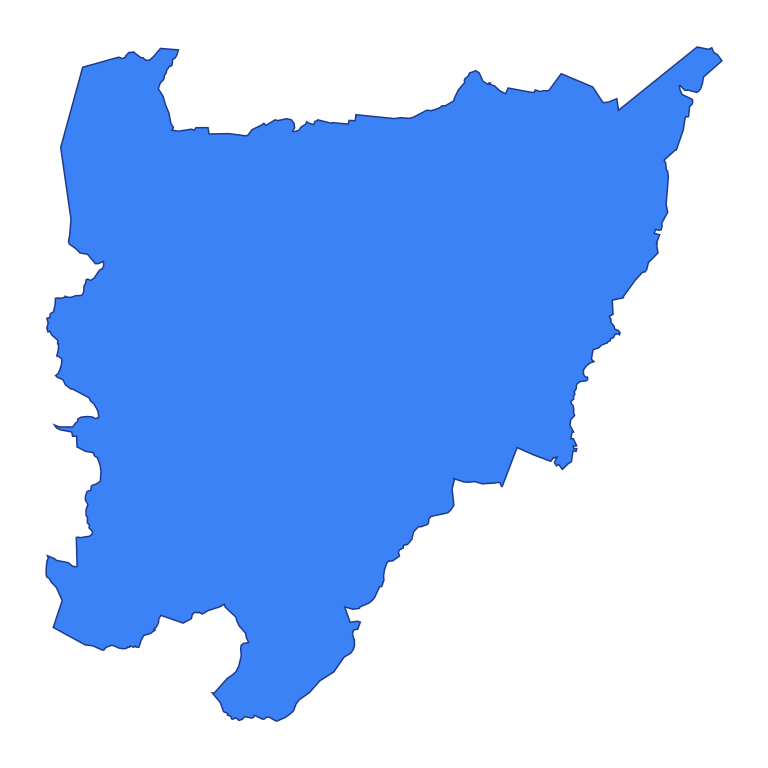 outline of San Diego de Alejandría, Jalisco, Mexico
{"feature_id": "50627088B15513266665518", "entity_name": "San Diego de Alejandría", "entity_type": "district", "adm_level": 2, "iso_a3": "MEX", "parent_name": "Mexico", "parent_adm1": "Jalisco", "projection": "mercator", "projection_center": [-102.038, 20.956], "detail": "fine", "context": "isolated", "style": "filled", "palette": "blue", "viewbox_px": 768, "rotation_deg": 0, "n_neighbors": 0, "source": "geoboundaries", "source_scale": "gbopen_adm2", "svg_char_len": 5937}
<svg xmlns="http://www.w3.org/2000/svg" viewBox="0 0 768 768"><path d="M721.9,60.8L717.6,54.8L713.8,52.4L711.8,47.8L708.4,49.3L697.1,47.0L618.5,110.3L616.8,98.7L608.4,102.1L603.1,102.7L592.8,87.0L561.2,73.7L548.7,90.7L543.1,90.7L540.4,91.6L535.2,89.9L534.3,92.3L531.7,92.4L508.1,88.0L505.6,93.7L499.8,90.8L494.7,86.0L489.8,84.1L490.3,83.0L488.6,83.1L488.0,84.4L483.0,81.3L479.3,73.0L475.8,70.7L469.4,73.1L468.3,76.0L464.8,78.9L464.3,80.3L464.7,82.5L458.2,90.2L454.2,98.6L454.0,100.7L445.3,105.8L441.7,105.9L440.6,107.2L437.0,108.9L430.9,110.7L426.9,110.2L413.0,117.4L409.0,118.3L400.4,117.7L394.3,118.6L355.9,114.7L355.3,120.7L349.2,120.4L348.1,124.1L332.2,122.6L331.9,123.4L317.7,119.8L317.4,120.7L315.0,121.4L313.7,124.7L308.2,122.9L306.8,121.7L305.6,124.2L301.0,127.2L298.6,130.5L294.0,131.7L292.5,131.2L294.6,128.0L294.1,123.5L291.4,119.8L286.5,118.7L277.8,120.6L275.1,119.8L265.9,125.4L263.9,123.3L261.4,125.2L252.1,129.6L247.9,135.2L246.1,135.9L228.9,133.6L209.1,134.0L208.0,127.6L196.0,127.7L194.2,130.1L191.2,129.2L178.6,131.2L171.9,130.2L173.5,127.6L170.8,123.3L169.0,113.2L165.5,104.8L163.2,96.6L158.3,88.7L160.3,82.9L163.8,79.4L164.5,75.1L166.1,73.2L166.8,70.1L169.8,65.9L170.7,66.2L172.0,65.3L172.8,59.2L174.8,58.3L176.5,55.9L178.5,49.9L160.5,48.4L153.7,56.4L149.2,60.4L145.2,60.0L143.1,57.8L140.7,57.5L133.1,51.8L132.4,52.4L128.8,52.5L125.5,56.2L125.4,57.4L122.4,58.5L118.7,57.2L82.7,67.2L60.7,147.5L71.0,219.4L69.7,234.9L68.5,241.3L69.3,244.0L76.6,249.3L79.9,252.9L87.6,254.3L95.4,263.7L98.3,263.6L103.4,261.5L103.7,266.2L102.1,268.9L100.1,269.7L98.3,271.8L94.1,278.1L90.7,280.4L87.7,279.1L86.2,279.7L85.4,283.8L84.1,285.6L83.6,291.9L82.5,294.7L80.5,295.6L75.9,295.6L71.3,297.3L67.4,297.2L65.1,296.2L64.8,297.3L59.9,298.5L58.9,297.9L55.4,298.3L55.1,304.7L53.5,311.8L50.3,313.6L50.0,317.4L46.8,318.3L48.2,323.0L46.8,328.1L48.0,331.9L49.5,331.2L52.2,335.4L58.0,340.5L57.5,343.8L58.6,344.0L58.3,350.2L56.7,356.0L59.4,356.9L61.8,359.1L61.5,364.3L59.4,371.0L57.8,373.8L55.6,375.6L57.4,377.3L63.0,379.7L65.4,384.9L71.1,389.1L72.4,389.0L88.9,397.6L90.7,401.1L93.9,403.9L96.4,408.2L98.1,411.8L98.8,417.5L95.3,418.6L92.4,417.0L87.4,416.5L81.2,417.1L77.9,418.9L77.5,421.8L75.6,422.9L73.1,426.5L72.0,427.0L59.1,426.9L54.4,425.0L56.6,428.0L60.3,429.8L71.7,432.0L72.6,436.4L76.6,436.0L77.0,446.9L85.5,451.3L93.0,452.5L94.7,456.1L97.4,457.7L100.1,465.4L101.0,471.6L100.3,481.2L96.2,484.0L92.0,485.5L91.2,486.5L90.8,490.1L87.1,491.5L85.4,496.4L85.4,500.0L87.9,504.4L86.0,510.1L86.1,515.6L87.5,517.5L87.3,522.7L89.5,525.2L89.0,527.8L92.3,531.3L92.4,533.7L89.6,536.2L80.1,537.7L78.2,537.1L76.3,537.5L77.1,566.2L76.3,566.8L72.8,566.4L68.1,562.6L56.5,560.4L54.5,558.6L47.4,555.7L48.3,558.2L47.0,560.7L46.2,568.2L46.1,573.8L46.7,576.9L49.1,578.3L51.3,582.2L56.4,587.5L62.2,600.6L53.2,627.4L85.0,644.8L92.8,645.8L101.9,649.9L103.8,650.1L105.9,647.5L111.2,645.4L112.9,645.4L119.1,648.1L123.2,648.8L126.7,648.3L128.0,646.8L129.4,647.4L130.3,646.0L133.7,647.2L135.5,645.9L136.0,647.0L138.8,647.3L141.3,639.9L143.7,635.5L150.1,633.6L155.1,630.1L153.8,629.1L155.7,627.9L157.2,625.4L158.5,622.6L158.9,618.4L161.0,615.4L183.2,623.1L191.4,618.6L192.3,614.5L194.6,612.4L198.4,612.8L198.8,612.2L202.3,614.0L208.3,610.5L219.3,607.0L224.3,604.4L225.3,607.2L236.0,617.2L236.6,620.2L239.1,625.8L245.7,633.4L246.2,637.0L248.6,642.7L243.8,643.3L241.2,645.2L240.7,648.6L241.2,656.0L238.8,666.0L236.0,671.6L232.8,674.7L227.3,678.3L214.2,693.1L212.3,692.9L220.3,702.6L223.5,711.6L227.9,713.6L227.5,715.2L230.4,716.0L231.4,717.2L231.3,718.6L232.4,719.3L236.1,717.9L238.9,720.4L242.4,719.3L244.6,716.6L251.8,718.1L253.7,717.3L253.6,715.9L254.6,715.4L262.3,719.1L264.4,719.0L266.3,717.4L268.8,717.0L276.0,721.0L277.2,721.0L285.7,717.2L290.0,714.1L293.5,710.9L296.1,703.9L299.3,699.7L309.4,692.6L319.9,680.8L333.9,671.8L344.1,657.1L350.7,653.2L353.4,649.4L354.5,645.2L354.4,640.3L352.6,634.5L352.7,632.5L353.8,629.9L357.7,629.3L360.3,622.1L357.5,621.2L350.1,622.3L344.7,606.9L352.9,609.2L358.2,608.6L359.5,608.2L360.1,606.8L368.7,603.2L372.1,600.5L374.3,598.1L379.6,586.8L381.8,586.4L383.9,580.1L383.6,575.8L384.5,569.7L386.9,562.8L388.5,561.2L392.6,560.9L399.3,556.3L399.5,555.2L398.4,552.8L399.2,550.1L403.2,548.1L403.5,545.2L407.5,544.5L411.9,539.2L413.5,531.9L418.4,526.7L420.8,526.8L427.5,524.4L428.6,522.7L428.8,519.2L430.7,516.5L447.8,512.8L450.6,510.2L453.9,505.2L452.1,489.0L454.5,479.4L454.0,478.7L463.7,481.9L467.6,482.3L474.9,481.6L482.3,483.8L495.4,483.0L497.8,482.3L500.0,482.9L501.5,486.3L502.2,486.5L517.1,447.6L533.4,454.8L550.7,461.3L553.6,457.7L553.7,458.2L557.1,457.0L554.4,462.6L556.6,465.9L558.8,464.5L562.4,469.4L568.0,463.9L571.4,461.7L573.0,450.9L576.1,451.4L576.5,448.8L577.5,448.7L573.7,448.5L573.1,445.9L576.5,446.0L576.4,445.1L573.3,438.7L570.9,438.7L572.1,432.0L573.6,432.0L569.9,425.2L570.7,419.8L574.6,415.5L573.5,412.2L573.9,409.6L573.1,405.7L571.0,403.1L570.9,401.4L573.8,399.0L573.4,396.7L574.8,394.3L574.3,391.6L576.2,388.8L576.6,384.3L580.0,381.6L586.4,380.8L587.8,379.1L587.4,377.1L585.5,377.0L583.6,374.8L583.4,370.0L586.8,365.4L590.4,362.8L594.0,361.6L591.4,359.2L593.1,349.6L598.5,348.0L601.8,344.9L607.3,342.9L608.3,341.4L610.3,340.7L610.7,338.5L613.5,337.6L615.1,334.2L618.4,333.9L619.4,334.8L620.1,332.9L618.5,330.5L614.9,329.3L613.9,325.9L611.1,322.7L610.9,319.4L609.4,316.2L613.0,314.4L612.3,300.1L623.4,297.8L623.7,296.1L635.4,280.0L642.4,272.4L645.1,271.8L646.8,269.2L648.4,262.7L658.0,252.9L656.8,245.8L657.1,243.2L656.4,243.1L659.7,234.8L654.2,233.3L655.6,229.4L658.1,230.2L661.0,229.9L662.1,226.5L661.8,223.0L667.7,212.3L666.1,204.7L668.4,176.7L667.5,170.8L666.3,169.8L665.7,163.1L664.1,160.1L674.8,150.5L676.4,149.9L683.2,130.2L685.1,118.3L685.9,116.7L688.2,116.9L688.6,116.2L689.6,106.5L691.9,104.5L692.8,101.9L692.4,99.4L682.1,94.5L680.0,89.8L679.3,85.9L680.0,85.5L685.0,90.3L688.7,90.2L696.6,92.4L698.7,91.2L700.6,88.6L702.5,83.3L703.4,77.1L721.9,60.8Z" fill="#3b82f6" stroke="#1e3a8a" stroke-width="1.5"/></svg>